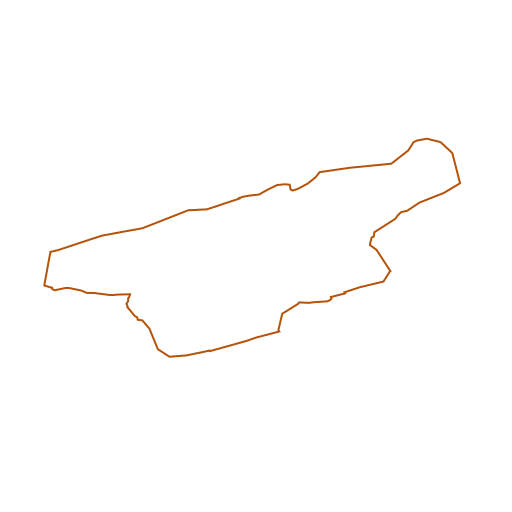 the district of Hufash, Al Mahwit, Yemen, rotated 80°
{"feature_id": "15242507B53182107073973", "entity_name": "Hufash", "entity_type": "district", "adm_level": 2, "iso_a3": "YEM", "parent_name": "Yemen", "parent_adm1": "Al Mahwit", "projection": "equal_earth", "projection_center": [43.421, 15.375], "detail": "fine", "context": "isolated", "style": "outline", "palette": "amber", "viewbox_px": 512, "rotation_deg": 80, "n_neighbors": 0, "source": "geoboundaries", "source_scale": "gbopen_adm2", "svg_char_len": 1730}
<svg xmlns="http://www.w3.org/2000/svg" viewBox="0 0 512 512"><g transform="rotate(80 256 256)"><path d="M248.2,469.6L248.3,469.5L251.9,462.5L251.9,462.3L253.2,462.4L254.8,460.2L254.4,448.9L255.0,445.8L259.6,434.3L263.0,428.9L264.3,421.9L269.0,406.8L269.8,402.4L269.7,401.0L271.8,386.7L274.5,388.1L275.3,389.2L278.2,389.7L280.6,391.9L283.2,391.2L283.9,391.6L287.2,389.7L293.9,385.9L295.9,383.6L298.2,383.6L299.7,379.1L309.0,373.6L330.8,368.8L340.2,358.7L340.7,353.5L340.7,353.4L341.8,341.8L341.3,323.8L341.1,318.8L341.0,318.4L341.7,318.0L337.9,279.6L336.3,269.8L334.4,246.2L333.1,246.9L317.4,240.2L310.5,223.0L309.4,221.8L309.2,221.6L311.3,212.2L311.6,206.4L312.3,200.4L313.0,194.0L312.5,191.3L311.2,189.1L309.4,189.4L308.3,174.8L307.1,175.2L304.8,159.3L303.3,134.9L294.3,126.7L294.2,126.3L273.5,135.1L270.9,136.2L265.0,141.9L262.9,141.2L257.7,138.8L257.4,136.7L253.2,135.3L253.1,135.2L243.7,112.7L243.5,112.3L240.8,109.6L238.0,105.5L237.7,99.2L231.8,85.8L226.5,60.0L219.8,42.4L199.1,44.0L188.8,44.8L188.7,44.8L185.9,46.9L179.3,51.9L176.2,54.2L175.9,54.7L175.1,56.2L174.2,58.2L173.8,59.0L172.7,61.7L170.2,67.1L170.2,77.0L171.2,81.0L178.5,87.7L188.6,106.8L185.4,148.3L185.0,161.3L184.6,174.8L184.5,175.6L184.5,176.9L184.4,178.7L188.9,183.8L193.7,192.6L197.2,203.3L197.9,208.6L196.5,210.4L191.7,210.4L190.4,214.9L189.8,222.9L192.6,232.7L196.0,242.4L195.4,251.3L195.4,258.5L196.0,262.6L196.6,262.4L197.8,270.9L199.1,279.8L199.3,280.8L199.5,282.0L201.5,296.3L201.5,296.6L200.5,304.4L200.5,304.6L200.1,308.0L199.2,314.7L208.9,363.0L209.0,365.3L209.0,380.5L209.0,381.2L209.2,403.7L209.6,407.0L209.9,409.0L210.8,415.6L215.8,449.9L216.3,457.8L216.5,457.8L224.4,460.8L248.2,469.6Z" fill="none" stroke="#b45309" stroke-width="2"/></g></svg>